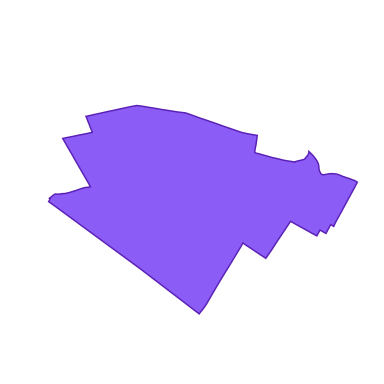 the district of U Minh, Cà Mau, Vietnam, rotated 303°
{"feature_id": "81297802B9286931688743", "entity_name": "U Minh", "entity_type": "district", "adm_level": 2, "iso_a3": "VNM", "parent_name": "Vietnam", "parent_adm1": "Cà Mau", "projection": "albers", "projection_center": [104.985, 9.374], "detail": "fine", "context": "isolated", "style": "filled", "palette": "violet", "viewbox_px": 384, "rotation_deg": 303, "n_neighbors": 0, "source": "geoboundaries", "source_scale": "gbopen_adm2", "svg_char_len": 2571}
<svg xmlns="http://www.w3.org/2000/svg" viewBox="0 0 384 384"><g transform="rotate(303 192 192)"><path d="M105.8,77.0L105.5,85.0L99.4,190.6L93.7,264.4L95.5,264.5L98.2,264.8L100.0,265.0L105.7,265.2L113.3,264.8L119.0,264.5L120.8,264.4L128.3,264.1L135.9,263.8L143.6,263.6L151.0,263.5L158.6,263.2L166.2,263.0L173.8,262.7L176.9,262.4L176.8,267.8L176.8,273.0L176.7,278.3L176.6,283.5L176.6,288.8L176.6,290.0L186.3,290.3L197.2,290.3L211.1,290.5L221.1,290.6L221.6,298.6L222.2,306.9L222.7,314.9L223.2,320.6L229.8,320.1L230.2,326.9L233.6,326.6L240.2,326.1L240.3,329.6L240.5,329.6L244.5,328.9L245.9,328.9L247.1,328.7L248.0,328.6L252.0,328.4L253.6,328.2L256.3,328.1L259.6,327.8L265.3,327.4L273.2,326.7L282.1,326.1L290.3,325.3L290.3,324.0L290.2,322.4L289.9,320.9L289.4,319.1L289.3,318.1L288.8,316.2L288.1,313.5L287.3,310.4L286.7,307.2L286.2,304.9L285.9,303.8L285.3,302.5L284.6,301.0L283.4,299.1L282.9,298.3L282.2,297.3L280.7,295.8L278.6,293.5L277.8,292.4L277.6,291.8L277.5,291.3L277.5,290.9L277.5,290.4L277.7,289.8L278.2,289.0L278.8,287.9L279.6,286.8L280.8,285.7L282.0,284.8L283.4,283.7L284.6,282.4L285.6,280.8L286.6,278.9L287.4,276.7L288.2,274.5L289.1,270.9L289.6,268.0L289.3,268.2L288.5,268.7L286.7,269.0L285.4,269.0L283.9,268.8L282.8,268.6L282.1,268.6L281.4,268.6L281.1,268.6L280.9,268.6L280.6,268.5L279.9,267.8L278.1,266.2L275.2,263.4L273.6,262.0L273.2,262.2L271.6,258.4L270.1,255.2L269.8,254.4L268.6,251.7L267.6,248.7L266.4,245.2L264.7,240.9L262.6,234.0L260.4,227.0L259.5,224.5L259.4,223.8L259.4,223.3L259.6,223.0L260.5,222.4L264.2,220.8L266.6,219.9L275.0,215.9L273.8,213.1L271.4,207.5L269.2,201.8L268.1,197.6L266.3,190.4L265.3,186.5L263.9,180.8L262.6,175.2L261.2,169.6L259.8,164.0L258.3,158.3L257.0,152.6L256.7,151.2L255.7,147.0L254.8,143.5L254.7,143.4L254.6,143.1L253.8,141.4L251.3,136.4L248.2,129.4L244.2,120.5L243.0,117.6L240.4,111.7L236.6,103.0L234.7,99.1L234.3,98.4L230.6,94.5L221.2,85.1L219.0,83.0L213.1,77.0L212.0,76.0L197.7,61.9L196.2,64.1L194.2,66.8L192.2,69.7L191.1,71.1L188.4,75.0L187.7,75.9L181.6,69.8L178.1,66.1L176.3,64.4L171.2,59.2L169.7,57.6L166.5,54.4L165.8,55.8L160.9,65.3L158.6,70.0L156.2,74.5L151.4,83.9L149.2,88.3L144.4,97.6L143.6,99.3L143.0,100.4L141.0,104.0L139.7,102.6L139.0,101.8L138.5,101.1L137.6,100.0L135.5,98.1L134.3,97.1L129.7,93.6L128.5,92.5L124.6,89.3L123.3,88.0L122.0,86.8L121.3,86.0L120.3,84.6L120.0,84.1L118.8,82.8L117.9,81.8L116.8,80.2L116.0,78.7L115.5,78.2L115.1,77.9L114.4,77.6L113.8,77.4L112.5,77.0L110.6,76.4L109.1,75.8L109.1,76.5L109.0,76.8L108.4,76.9L107.5,76.9L105.8,77.0Z" fill="#8b5cf6" stroke="#5b21b6" stroke-width="1.5"/></g></svg>